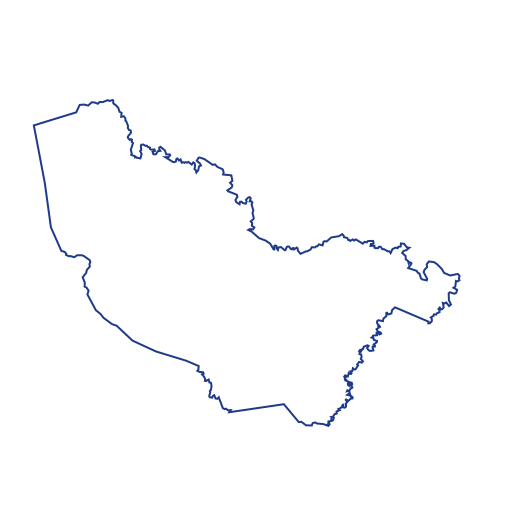 outline of Cavally, Cavally, Ivory Coast, rotated 170°
{"feature_id": "98640826B42717034718743", "entity_name": "Cavally", "entity_type": "district", "adm_level": 2, "iso_a3": "CIV", "parent_name": "Ivory Coast", "parent_adm1": "Cavally", "projection": "mercator", "projection_center": [-7.871, 6.299], "detail": "fine", "context": "isolated", "style": "outline", "palette": "blue", "viewbox_px": 512, "rotation_deg": 170, "n_neighbors": 0, "source": "geoboundaries", "source_scale": "gbopen_adm2", "svg_char_len": 6072}
<svg xmlns="http://www.w3.org/2000/svg" viewBox="0 0 512 512"><g transform="rotate(170 256 256)"><path d="M214.2,76.1L213.4,76.9L214.7,77.1L214.8,77.7L213.0,78.7L213.6,79.3L213.4,80.5L210.5,80.4L210.1,82.4L208.9,80.8L208.4,81.2L207.5,83.3L209.1,84.4L207.9,84.5L205.9,86.7L203.8,86.8L203.7,88.9L200.4,89.6L201.4,91.0L198.3,91.9L196.5,94.3L195.9,94.4L196.5,91.9L195.0,91.2L193.5,92.0L193.1,95.0L191.5,96.4L192.6,98.7L192.2,99.1L190.2,97.3L187.5,99.0L185.7,99.0L185.4,100.1L186.1,100.9L186.8,100.1L186.9,101.9L190.2,103.4L188.7,104.1L188.3,102.9L187.4,103.3L187.6,106.3L188.7,107.1L189.9,107.0L189.3,107.9L187.7,106.9L185.8,109.0L184.0,109.6L184.5,113.1L183.5,113.3L183.8,114.7L185.5,115.1L186.5,111.7L187.8,113.0L187.7,114.2L187.2,115.5L186.3,115.2L186.1,115.8L189.5,117.9L188.8,118.7L189.9,119.3L189.6,120.6L188.0,121.5L189.1,122.1L190.7,121.2L188.9,123.0L186.5,121.4L184.9,124.8L183.8,123.5L182.7,123.4L182.3,123.8L183.0,126.0L181.2,125.9L180.0,128.6L178.8,127.1L177.7,127.1L174.5,130.5L175.3,131.5L172.8,133.8L170.3,132.6L169.0,133.7L170.7,136.5L169.6,138.0L169.5,140.7L171.1,141.4L170.6,143.4L169.5,143.4L168.7,144.4L170.6,144.7L170.1,145.3L166.8,145.7L165.6,148.0L161.7,148.7L160.7,147.9L162.7,146.0L161.4,143.6L160.2,142.7L156.8,142.6L157.1,146.0L156.7,146.6L154.8,146.1L154.4,146.8L155.4,148.5L152.0,150.1L151.6,151.3L154.5,153.0L154.7,154.6L156.3,155.6L155.7,155.9L154.7,155.1L154.9,156.8L154.4,157.3L150.6,157.0L150.6,159.5L149.5,159.6L148.0,157.3L146.2,157.8L146.5,158.9L149.2,160.6L150.0,163.0L146.2,164.7L146.7,165.9L148.4,165.1L147.3,166.3L148.5,169.2L147.7,171.1L146.6,171.5L142.3,169.8L141.4,172.2L138.2,174.1L137.5,177.3L136.8,177.4L135.9,175.5L132.7,175.9L131.3,179.2L128.0,181.3L97.5,161.4L98.0,159.8L96.3,159.6L94.1,161.4L93.8,163.9L94.5,165.1L91.5,166.3L91.0,167.6L88.6,167.1L87.8,168.2L85.0,168.8L84.7,170.8L85.5,172.1L84.0,173.3L83.3,171.3L81.8,171.3L80.1,172.9L80.1,177.3L78.6,176.5L76.7,177.2L74.6,173.2L72.4,174.3L73.7,179.0L72.7,185.8L71.4,186.6L67.2,184.4L65.2,185.0L63.8,187.8L67.0,190.4L65.0,191.4L63.4,196.7L62.2,196.0L59.9,196.7L60.1,198.7L59.0,201.0L59.7,202.3L60.5,203.3L68.2,203.1L73.7,206.7L75.3,211.1L79.4,216.8L81.7,219.0L86.7,220.6L89.3,218.2L89.5,215.3L92.4,213.2L93.7,211.0L91.4,203.7L92.1,202.3L96.7,204.3L97.4,205.3L98.1,210.4L99.4,211.2L100.4,213.5L108.2,217.7L104.3,221.4L104.3,222.3L106.0,223.3L106.9,222.2L107.2,224.8L109.1,226.7L108.7,230.1L111.5,233.6L109.9,235.3L107.1,235.6L103.6,237.5L106.0,238.4L108.0,242.3L111.1,243.2L111.9,240.2L114.4,240.3L115.1,239.1L117.1,240.0L120.4,239.1L122.9,235.5L123.8,237.4L125.3,237.7L128.9,240.6L130.3,240.6L131.7,243.5L133.4,243.7L134.5,242.5L137.3,243.1L137.9,243.6L137.6,245.6L141.5,246.0L140.9,247.8L138.9,247.7L137.9,248.4L138.1,250.5L143.2,251.3L144.5,250.2L146.6,251.1L148.7,249.6L154.8,255.0L156.8,254.2L157.8,255.5L160.6,254.5L161.4,255.7L162.3,255.6L163.0,258.0L166.1,259.2L166.1,260.8L167.3,262.6L170.8,261.1L178.7,261.2L183.9,258.0L185.8,258.7L187.0,258.4L188.6,254.9L192.0,256.5L193.9,254.9L195.1,255.1L196.5,254.2L199.5,255.0L201.0,253.0L204.7,251.7L206.0,251.9L211.8,250.4L213.8,254.0L213.7,256.4L214.4,257.2L217.3,255.9L217.6,257.3L218.5,257.4L219.3,256.3L220.4,256.8L221.9,259.6L223.2,259.9L224.2,259.5L226.0,256.6L226.7,256.7L229.8,260.4L231.3,260.6L232.4,260.3L233.4,258.1L234.0,259.1L234.0,262.1L235.0,263.0L236.3,262.6L236.3,260.4L236.8,259.3L237.5,259.4L239.9,265.7L243.8,269.5L249.9,273.1L256.1,280.8L259.1,283.0L257.5,283.6L254.3,282.7L252.7,284.5L254.8,286.4L254.0,289.0L255.2,291.0L252.0,292.8L251.6,294.1L252.0,298.9L250.7,301.3L251.4,307.5L250.3,309.3L250.8,310.5L252.7,310.9L251.2,313.7L252.0,315.1L253.5,314.9L256.1,313.1L255.8,311.2L257.0,309.3L259.7,310.4L260.8,312.0L262.3,312.1L263.2,309.8L266.1,312.5L266.5,314.7L264.0,317.6L264.3,319.7L272.1,324.5L272.8,325.6L268.2,327.6L267.4,328.7L267.0,329.9L268.8,332.6L266.2,334.1L266.3,339.7L274.3,342.0L273.3,344.1L273.8,347.2L278.4,350.3L280.6,353.4L282.7,353.2L290.0,360.4L294.4,362.8L295.6,362.7L297.8,360.1L295.1,356.8L294.5,354.7L296.5,354.2L298.0,350.5L300.2,348.6L300.3,350.8L301.5,352.4L300.3,355.2L300.4,358.3L301.5,359.1L303.4,357.2L306.3,360.4L307.7,359.9L309.3,360.7L310.3,360.2L311.7,361.1L313.0,360.8L313.5,364.2L315.2,363.4L316.4,365.7L317.4,365.6L318.5,363.0L320.6,362.6L322.0,363.5L328.2,369.1L324.9,368.6L323.0,370.1L323.4,371.1L326.7,371.6L327.4,375.8L331.1,380.1L332.4,379.6L332.7,377.7L332.0,376.2L334.5,376.3L336.7,373.7L337.8,373.6L339.4,374.1L339.8,376.5L337.3,377.0L337.5,378.6L340.8,378.9L341.8,379.9L341.6,381.2L343.5,382.1L344.4,383.6L345.7,383.7L347.6,385.3L349.6,385.5L350.3,384.6L350.6,380.3L351.9,379.4L350.9,376.4L352.9,372.2L356.6,373.6L357.1,374.5L358.0,374.2L358.0,375.3L361.3,377.3L360.6,378.3L360.8,382.4L357.5,388.6L358.6,390.0L357.9,391.9L358.7,392.8L360.1,392.2L361.6,394.6L361.5,395.8L357.7,399.2L357.6,401.3L359.2,402.2L360.0,404.4L359.4,406.3L360.4,411.2L361.1,411.8L360.7,414.1L361.9,416.6L364.6,416.5L363.5,420.2L365.4,421.8L365.9,425.7L367.4,428.3L370.0,431.0L369.6,434.0L370.1,434.5L373.3,434.1L374.9,435.2L380.2,434.2L383.4,434.8L385.3,433.4L388.3,435.2L391.0,435.9L395.2,433.3L399.0,435.0L403.4,435.4L408.1,428.7L452.1,423.2L451.3,364.6L453.0,319.9L446.8,294.8L443.9,293.4L442.5,291.4L442.9,290.1L440.4,288.3L438.9,288.2L435.2,286.4L432.0,287.8L427.5,287.0L425.9,286.2L420.5,280.8L420.2,278.8L421.4,277.0L421.5,274.4L425.0,271.7L426.2,268.8L430.4,265.1L429.2,259.7L430.1,255.6L428.4,254.4L426.9,250.9L428.7,247.4L423.1,230.4L419.1,225.8L417.0,221.7L409.5,213.8L405.4,211.6L392.3,194.1L371.0,179.3L343.1,165.1L331.6,157.6L332.4,154.3L333.7,153.1L331.6,151.6L328.3,150.7L328.0,149.2L329.7,148.8L327.9,145.7L327.4,143.3L328.0,141.9L326.9,141.5L324.1,142.6L323.8,139.5L322.4,139.0L322.3,136.0L323.5,132.2L324.9,131.1L324.6,130.1L326.4,126.1L326.1,125.0L323.8,124.1L322.7,125.7L321.3,126.2L320.6,122.7L318.8,122.1L317.2,123.3L315.1,111.9L313.4,110.6L312.2,110.9L310.3,108.9L307.7,108.6L309.4,106.8L254.3,105.2L242.7,85.0L240.1,84.8L236.1,80.6L230.5,79.4L229.2,81.6L226.6,81.8L224.9,80.4L218.9,78.8L214.2,76.1Z" fill="none" stroke="#1e3a8a" stroke-width="2"/></g></svg>